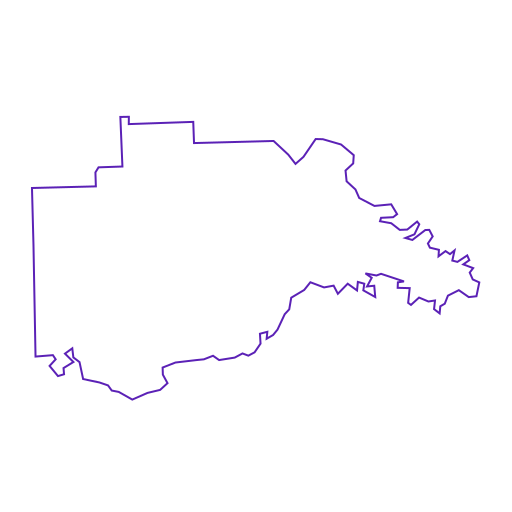 Clarke, Alabama, United States of America, rotated 269°
{"feature_id": "52423323B65809730100750", "entity_name": "Clarke", "entity_type": "district", "adm_level": 2, "iso_a3": "USA", "parent_name": "United States of America", "parent_adm1": "Alabama", "projection": "equal_earth", "projection_center": [-87.89, 31.589], "detail": "fine", "context": "isolated", "style": "outline", "palette": "violet", "viewbox_px": 512, "rotation_deg": 269, "n_neighbors": 0, "source": "geoboundaries", "source_scale": "gbopen_adm2", "svg_char_len": 1744}
<svg xmlns="http://www.w3.org/2000/svg" viewBox="0 0 512 512"><g transform="rotate(269 256 256)"><path d="M287.6,417.7L279.8,407.7L279.6,400.2L286.4,391.8L288.6,380.6L292.0,381.7L292.4,393.8L295.4,397.8L305.3,392.1L304.0,375.3L312.2,360.2L320.8,356.6L329.1,347.9L339.9,347.0L346.9,354.8L355.1,355.5L366.0,343.0L371.6,324.9L371.9,317.7L354.3,305.2L347.4,297.1L356.7,290.1L370.7,275.6L370.0,196.0L391.2,195.6L390.1,131.1L397.4,131.3L397.4,122.8L347.8,124.0L347.4,100.1L342.4,96.9L328.4,97.1L327.9,33.2L270.8,33.7L159.3,33.8L160.4,51.2L156.2,53.9L149.7,47.7L139.4,55.9L141.1,62.0L147.3,61.6L153.2,71.6L161.7,63.3L166.9,70.7L157.8,71.6L153.0,77.7L136.0,81.0L132.3,97.2L129.2,105.8L124.0,109.4L122.5,116.4L114.6,129.8L121.0,145.1L123.8,157.8L130.4,165.3L139.0,160.8L146.1,160.7L150.9,173.6L153.0,194.8L153.6,202.1L157.0,211.3L152.6,217.3L154.8,233.0L158.8,240.8L156.5,246.6L159.7,252.9L168.3,259.0L178.2,258.6L180.0,266.0L173.1,265.2L176.7,271.7L182.0,276.2L197.3,283.7L202.1,288.3L213.7,290.5L221.2,303.6L228.8,309.9L223.4,323.5L225.0,333.1L216.8,337.2L226.7,347.2L219.8,356.4L228.3,357.4L226.4,363.8L219.8,362.7L212.9,374.5L224.2,373.7L223.6,366.5L232.2,371.3L236.7,365.1L234.4,376.1L236.0,380.7L228.0,403.5L227.2,397.4L221.7,397.1L221.2,409.1L206.5,407.3L204.4,410.1L211.6,418.3L207.5,427.6L208.4,434.2L199.8,433.1L195.4,438.6L202.5,439.4L205.0,443.9L213.0,447.2L218.3,458.2L211.2,468.0L211.9,475.7L225.7,478.8L228.8,472.3L235.7,469.4L240.1,472.9L244.0,463.1L248.1,469.2L252.9,467.2L246.6,457.3L248.0,452.2L258.1,454.6L254.5,450.0L257.6,445.6L252.5,438.5L259.0,439.0L261.3,430.0L265.5,428.1L272.5,433.0L279.1,429.7L279.0,425.7L269.3,412.6L271.4,405.7L274.9,414.8L284.9,419.8L287.6,417.7Z" fill="none" stroke="#5b21b6" stroke-width="2"/></g></svg>